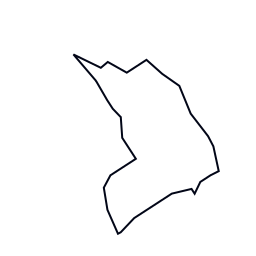 Dongjak-gu, Seoul, South Korea, rotated 57°
{"feature_id": "91817680B72690271662871", "entity_name": "Dongjak-gu", "entity_type": "district", "adm_level": 2, "iso_a3": "KOR", "parent_name": "South Korea", "parent_adm1": "Seoul", "projection": "natural_earth1", "projection_center": [126.961, 37.485], "detail": "fine", "context": "isolated", "style": "outline", "palette": "ink", "viewbox_px": 256, "rotation_deg": 57, "n_neighbors": 0, "source": "geoboundaries", "source_scale": "gbopen_adm2", "svg_char_len": 577}
<svg xmlns="http://www.w3.org/2000/svg" viewBox="0 0 256 256"><g transform="rotate(57 128 128)"><path d="M213.6,75.4L189.9,66.4L178.5,65.3L150.1,67.6L120.6,62.0L101.3,69.8L80.9,75.4L80.9,98.9L61.6,109.0L62.7,118.0L36.6,133.7L70.7,129.2L71.5,129.3L71.8,129.2L93.4,130.3L102.5,130.3L103.6,130.3L114.1,128.3L114.9,128.1L133.1,138.2L157.0,138.2L158.1,138.2L158.1,168.5L164.9,180.8L185.4,189.8L211.2,194.0L211.5,190.9L206.9,171.8L206.9,157.2L206.9,139.3L206.9,127.0L213.7,107.9L219.4,107.9L212.6,96.7L212.6,84.4L213.6,75.4Z" fill="none" stroke="#020617" stroke-width="2"/></g></svg>